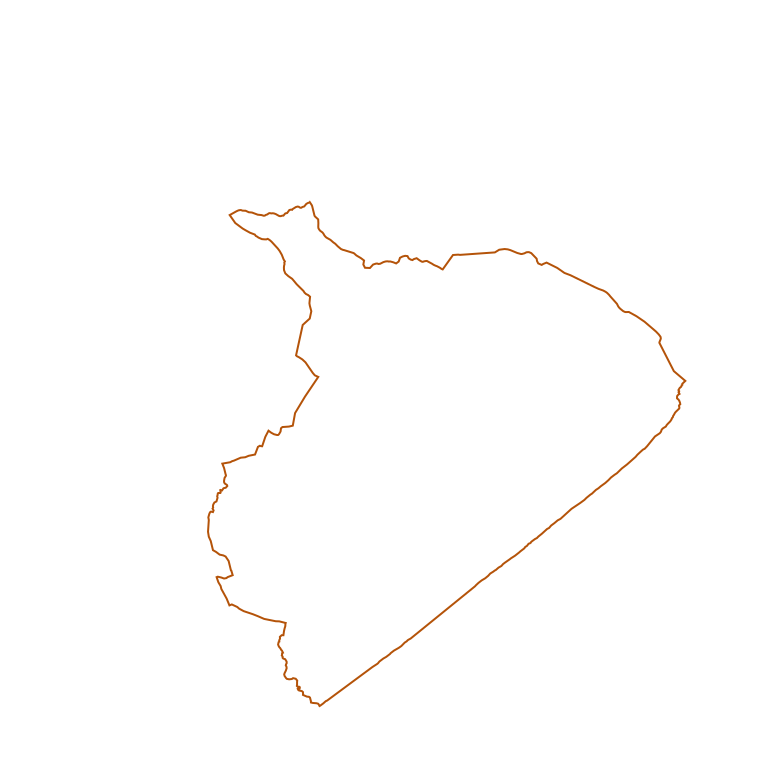 the district of Ekumfi, Central, Ghana, rotated 325°
{"feature_id": "2480657B22323593180175", "entity_name": "Ekumfi", "entity_type": "district", "adm_level": 2, "iso_a3": "GHA", "parent_name": "Ghana", "parent_adm1": "Central", "projection": "natural_earth1", "projection_center": [-0.909, 5.289], "detail": "fine", "context": "isolated", "style": "outline", "palette": "amber", "viewbox_px": 768, "rotation_deg": 325, "n_neighbors": 0, "source": "geoboundaries", "source_scale": "gbopen_adm2", "svg_char_len": 6166}
<svg xmlns="http://www.w3.org/2000/svg" viewBox="0 0 768 768"><g transform="rotate(325 384 384)"><path d="M146.5,610.8L147.3,610.9L151.1,610.8L154.4,610.4L155.8,610.7L212.2,609.2L218.0,609.4L219.0,609.3L221.0,608.7L226.0,608.5L229.3,608.8L234.1,608.6L235.0,608.3L239.3,608.1L244.8,608.6L247.9,608.6L252.7,607.7L255.0,607.8L256.3,607.5L257.2,607.5L259.8,607.8L342.6,601.9L343.8,601.6L347.3,601.1L351.4,600.9L355.5,601.2L357.9,601.0L359.3,600.9L362.3,600.2L366.0,600.4L367.7,600.3L368.8,600.5L372.5,600.1L375.8,600.4L378.2,599.8L380.4,599.7L386.7,599.7L388.0,599.6L392.8,599.8L398.2,599.5L399.7,599.3L404.6,599.1L406.2,598.5L408.3,598.6L410.8,597.8L412.3,598.2L413.1,598.2L413.9,597.8L414.9,597.7L418.8,597.6L420.9,597.9L422.9,597.5L427.5,597.2L434.4,596.3L436.7,596.6L439.7,595.8L443.7,595.7L448.1,595.3L451.2,595.7L466.0,593.8L476.3,594.0L481.7,593.9L484.5,593.4L489.7,593.0L491.4,593.1L496.8,592.3L499.9,592.4L502.9,592.1L508.5,592.0L512.7,591.5L516.3,590.8L520.8,590.6L523.5,590.7L530.4,589.6L536.9,589.3L548.3,588.0L550.9,587.3L555.1,586.7L558.4,586.3L559.5,586.4L560.2,586.6L563.7,585.9L575.9,582.4L581.7,582.5L583.4,582.0L585.4,580.6L587.3,580.3L590.5,580.5L591.9,579.8L593.6,579.4L597.0,578.8L599.3,577.9L600.1,577.2L601.5,576.9L602.7,575.9L603.7,575.6L605.6,574.6L606.9,574.2L611.8,573.4L612.6,572.5L613.1,571.1L613.7,570.7L615.1,570.5L615.7,569.2L616.2,567.3L616.3,565.7L615.8,563.9L616.6,562.7L617.4,561.9L619.2,561.5L620.4,561.6L620.6,559.6L620.9,559.5L621.2,559.6L621.7,559.2L621.6,558.1L621.8,557.8L624.1,556.8L625.8,556.7L626.4,556.4L627.0,555.8L627.9,555.8L628.5,554.9L632.6,554.3L628.8,539.7L633.2,508.2L633.8,507.6L636.4,505.9L637.0,505.3L637.6,503.9L637.5,501.0L636.9,497.1L633.1,482.3L629.7,473.3L625.9,465.5L623.1,463.6L622.5,462.9L621.7,461.4L620.7,457.9L620.4,456.1L620.4,454.6L620.8,452.0L619.6,441.8L619.5,440.0L619.0,437.3L618.4,435.6L617.2,433.2L614.3,429.1L612.0,425.2L599.1,401.8L595.5,396.5L592.5,388.3L586.8,377.8L583.3,377.0L581.5,376.9L579.5,373.7L579.9,371.0L580.9,368.9L579.7,361.3L578.5,359.3L577.8,358.7L576.2,357.8L574.0,357.5L571.5,356.6L570.7,356.0L568.3,353.1L564.3,346.8L562.6,344.7L560.2,342.6L555.4,340.1L550.3,339.8L520.3,321.8L519.0,320.6L514.5,317.9L497.8,323.8L497.1,322.7L496.7,321.4L496.2,320.3L494.9,317.8L494.1,316.7L493.0,314.8L492.4,313.2L489.7,307.8L488.3,307.0L487.1,306.5L485.9,306.2L485.1,305.4L484.1,303.2L482.9,299.7L480.1,298.8L478.4,298.8L477.2,297.4L476.3,295.3L476.6,292.7L474.8,291.1L472.3,290.2L469.5,289.8L466.3,292.1L463.1,292.2L461.4,289.6L459.3,287.1L458.2,286.5L457.7,285.9L456.8,285.2L455.5,284.5L453.4,283.8L449.8,283.3L448.3,282.5L447.5,281.4L446.5,280.8L443.6,279.9L439.0,280.9L435.1,277.9L435.6,274.3L438.5,271.4L437.3,267.7L435.1,262.8L434.5,260.1L434.2,259.3L428.0,251.3L427.4,250.7L426.2,248.8L425.1,244.7L424.5,241.1L423.7,238.9L422.8,235.2L420.8,231.0L420.5,229.5L420.4,228.0L420.6,226.1L420.5,224.5L419.6,221.9L419.5,220.4L419.6,218.9L420.2,217.7L422.5,214.6L424.5,211.4L423.6,207.3L423.6,206.3L427.1,197.3L427.4,196.2L427.5,192.5L427.2,192.6L425.6,192.1L423.7,191.9L420.5,192.8L418.7,192.2L417.5,192.2L417.0,192.0L416.4,191.4L415.8,189.9L415.0,189.1L413.3,188.5L409.2,188.3L408.7,188.6L407.8,187.8L406.3,187.2L402.7,188.4L401.1,187.7L400.7,187.7L398.2,188.4L397.4,187.8L396.0,187.4L395.1,186.9L394.4,186.1L392.8,182.7L391.8,181.3L390.8,180.3L389.8,179.8L388.3,178.4L387.3,178.1L385.8,178.2L384.1,177.7L382.9,177.7L381.9,177.1L380.6,175.4L377.7,172.9L374.2,167.8L371.8,165.8L370.0,162.7L367.5,160.8L366.7,159.6L365.9,159.0L364.4,158.3L362.3,157.9L354.5,157.1L354.5,166.9L357.4,175.6L358.8,178.7L361.0,183.2L363.9,187.5L363.9,189.1L364.7,190.7L365.1,192.0L367.1,195.3L369.0,196.9L370.5,198.0L372.0,198.4L372.9,200.5L373.5,202.9L374.7,212.0L374.8,215.2L374.4,219.5L373.2,224.5L373.1,226.8L372.0,227.3L371.3,228.7L369.9,229.9L368.8,231.2L367.4,233.4L366.6,236.8L367.5,240.8L369.1,245.2L369.7,252.3L371.4,261.6L371.3,263.5L371.7,265.5L372.9,267.7L373.5,270.1L369.2,275.1L368.2,277.2L366.2,282.7L360.7,287.8L351.3,289.0L328.4,310.1L328.6,311.3L329.6,313.1L331.2,317.0L332.1,321.2L332.0,334.1L332.3,337.2L334.2,340.5L312.1,349.0L294.5,356.8L285.4,365.8L281.8,364.4L276.1,361.0L274.2,361.2L272.0,363.6L269.4,364.8L268.7,365.0L267.9,365.0L267.1,364.4L265.1,362.1L263.7,359.3L262.6,356.0L256.5,359.2L248.5,365.1L247.7,364.5L246.9,363.4L244.7,363.2L237.9,367.8L232.0,365.2L228.3,364.4L224.4,362.2L217.1,360.7L215.3,360.1L213.2,359.9L205.9,356.5L204.8,361.1L202.5,367.0L202.3,367.8L201.9,368.5L199.5,369.5L197.4,371.6L196.7,372.7L196.5,373.9L196.7,374.8L197.4,376.4L197.4,377.0L197.1,377.7L194.8,378.2L193.3,377.5L192.6,377.4L190.2,378.3L189.7,377.7L189.4,377.1L189.0,377.0L188.2,378.8L187.8,379.3L187.4,379.4L185.7,378.2L185.0,378.4L183.8,379.7L183.0,380.2L182.4,381.7L179.4,384.1L177.1,383.8L175.0,384.8L173.8,385.9L173.2,387.2L172.1,387.7L171.9,389.8L170.4,390.8L169.1,389.3L167.9,389.3L166.4,390.2L163.6,392.5L162.5,394.9L155.1,404.1L152.9,408.6L152.0,413.3L148.6,422.0L150.1,425.2L151.5,429.5L154.1,432.3L155.3,434.5L155.2,439.9L151.7,448.9L151.9,449.3L150.4,453.8L145.1,452.5L143.6,452.6L141.4,451.6L139.8,449.3L137.3,446.5L136.1,446.2L134.6,451.5L134.3,455.8L133.2,458.6L132.0,469.6L130.4,476.7L132.9,477.3L135.9,482.5L136.5,485.0L138.8,489.6L144.5,497.3L147.6,502.0L151.1,507.7L159.2,516.2L162.1,518.4L166.4,523.4L165.7,523.9L164.2,525.8L162.5,527.1L160.4,529.0L157.5,532.1L156.1,531.1L153.7,531.4L152.7,533.0L151.1,533.9L150.5,535.0L149.6,535.0L147.8,536.7L147.4,538.3L147.3,539.7L147.5,540.7L147.3,543.1L147.5,543.8L147.1,546.2L146.1,546.1L145.2,547.3L144.6,547.7L144.6,549.2L143.9,550.1L144.0,551.1L145.2,552.8L145.0,555.5L144.2,556.8L142.9,557.5L142.1,558.2L142.0,559.5L141.3,560.9L139.2,562.5L136.8,563.8L135.7,564.6L135.1,566.2L135.1,568.8L135.3,569.8L136.9,571.5L139.3,572.8L140.8,572.8L142.6,574.8L142.8,577.2L141.9,578.2L140.5,580.2L139.4,581.4L139.6,582.4L140.7,583.1L141.1,583.9L140.8,584.6L140.2,585.0L139.5,584.3L138.5,584.2L138.3,585.6L138.6,586.3L140.6,588.5L140.9,589.9L139.9,591.5L139.3,592.2L141.5,595.8L143.1,597.2L143.5,598.4L142.2,601.9L141.5,603.0L142.7,604.4L145.7,606.9L146.7,608.2L146.7,609.4L146.5,610.8Z" fill="none" stroke="#b45309" stroke-width="2"/></g></svg>